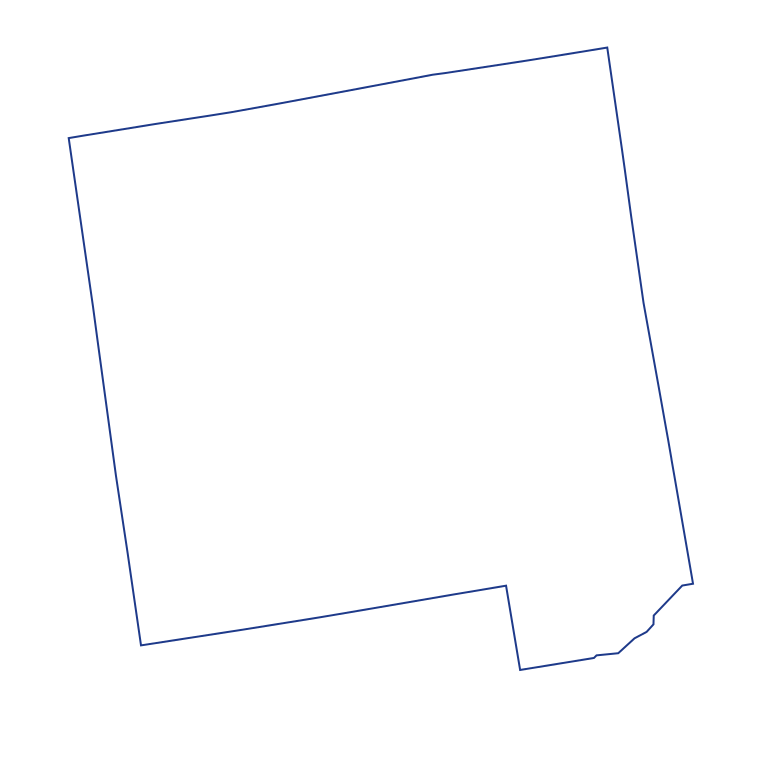 outline of DuPage, Illinois, United States of America, rotated 352°
{"feature_id": "52423323B58044967957870", "entity_name": "DuPage", "entity_type": "district", "adm_level": 2, "iso_a3": "USA", "parent_name": "United States of America", "parent_adm1": "Illinois", "projection": "robinson", "projection_center": [-88.069, 41.84], "detail": "fine", "context": "isolated", "style": "outline", "palette": "blue", "viewbox_px": 768, "rotation_deg": 352, "n_neighbors": 0, "source": "geoboundaries", "source_scale": "gbopen_adm2", "svg_char_len": 788}
<svg xmlns="http://www.w3.org/2000/svg" viewBox="0 0 768 768"><g transform="rotate(352 384 384)"><path d="M108.1,609.0L195.9,607.8L196.3,607.8L205.7,607.7L288.6,606.1L338.0,604.7L424.1,602.1L476.8,600.7L478.0,647.4L479.0,686.1L517.4,685.3L553.8,684.5L556.7,682.3L578.5,683.2L596.7,670.7L609.6,666.0L617.4,659.5L618.9,650.8L651.3,625.1L662.2,624.8L662.0,617.7L658.8,517.2L658.2,499.1L658.2,497.5L657.6,478.6L657.2,468.5L655.6,424.8L652.3,339.8L652.1,252.3L652.3,204.4L652.3,184.2L651.9,81.9L620.9,82.6L571.9,83.6L487.7,84.6L475.2,84.5L413.6,87.4L319.1,91.7L270.2,93.6L247.5,94.0L231.4,94.2L194.4,94.7L189.0,94.8L121.3,96.2L106.0,96.6L106.6,267.2L106.4,299.5L105.8,437.4L105.8,437.8L106.6,516.1L106.6,517.7L107.0,609.0L108.1,609.0Z" fill="none" stroke="#1e3a8a" stroke-width="2"/></g></svg>